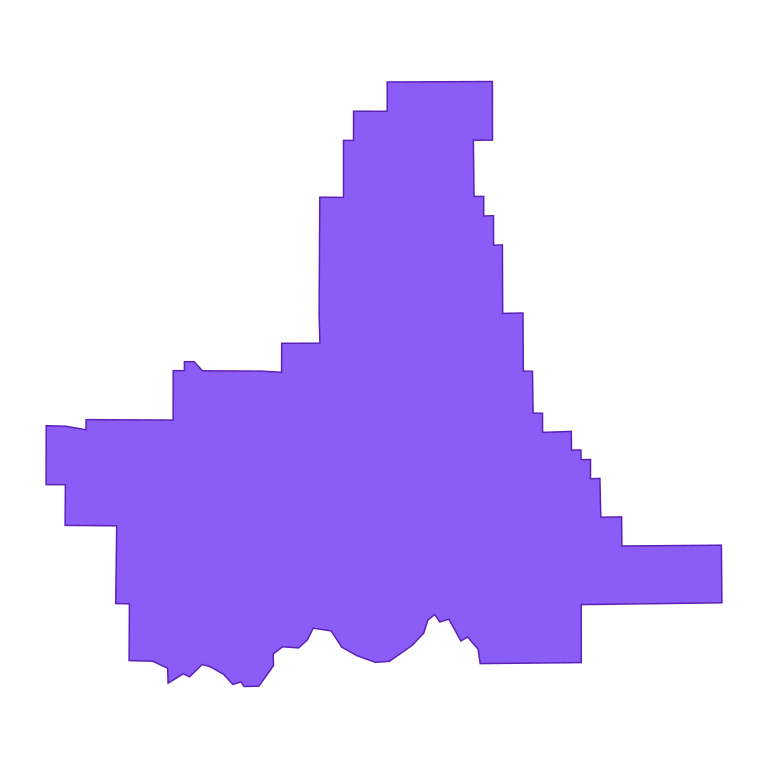 Union, Oregon, United States of America
{"feature_id": "52423323B75760567644754", "entity_name": "Union", "entity_type": "district", "adm_level": 2, "iso_a3": "USA", "parent_name": "United States of America", "parent_adm1": "Oregon", "projection": "orthographic", "projection_center": [-118.033, 45.409], "detail": "fine", "context": "isolated", "style": "filled", "palette": "violet", "viewbox_px": 768, "rotation_deg": 0, "n_neighbors": 0, "source": "geoboundaries", "source_scale": "gbopen_adm2", "svg_char_len": 1239}
<svg xmlns="http://www.w3.org/2000/svg" viewBox="0 0 768 768"><path d="M258.8,686.2L273.5,665.6L273.2,654.0L282.5,646.8L298.5,647.9L307.4,639.9L313.2,628.2L331.2,630.9L341.8,647.2L357.2,655.8L375.3,662.3L389.4,661.3L411.9,645.6L423.8,633.0L427.9,620.0L434.7,614.5L439.8,622.0L448.9,619.2L460.9,641.0L467.6,637.0L478.1,649.2L480.2,663.6L581.3,662.6L581.2,604.6L721.9,602.8L721.4,545.2L621.9,546.0L621.6,516.9L600.8,517.2L599.9,478.4L590.5,478.7L590.5,459.5L581.1,459.7L580.9,450.0L571.5,450.1L571.3,431.4L542.6,432.4L542.5,413.3L533.1,413.1L532.5,371.2L523.3,371.2L523.0,313.0L502.7,313.4L502.4,244.9L493.6,245.2L493.5,215.7L483.7,216.0L483.7,196.4L474.0,196.4L473.4,140.2L492.5,140.1L492.4,81.5L387.2,82.0L387.2,111.3L353.6,111.2L353.5,140.4L343.5,140.4L343.5,197.4L319.8,197.2L319.1,313.7L319.9,343.2L281.7,343.3L281.6,372.3L261.1,371.1L202.5,370.8L194.1,361.7L184.4,361.7L184.4,370.7L173.2,370.6L173.1,420.1L86.1,419.6L86.0,429.8L65.7,426.2L46.2,425.7L46.1,484.6L65.4,484.7L65.1,525.4L116.7,525.8L115.7,603.6L129.4,603.8L129.1,660.6L152.7,661.2L167.6,668.2L168.1,683.2L183.2,673.8L189.6,676.8L202.2,664.4L210.6,666.9L223.6,674.3L232.8,684.4L241.0,681.9L244.0,686.5L258.8,686.2Z" fill="#8b5cf6" stroke="#5b21b6" stroke-width="1.5"/></svg>